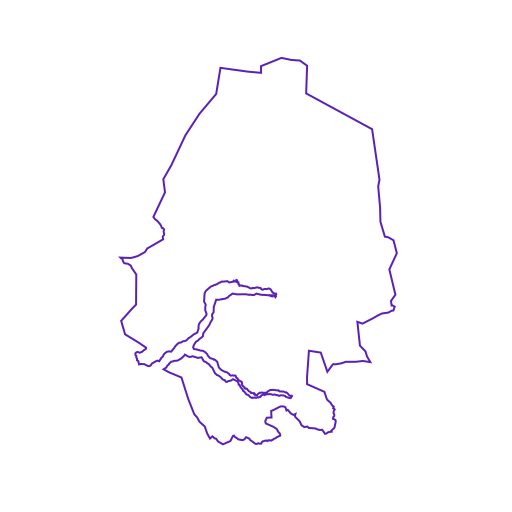 outline of Aurland nor, Sogn og Fjordane, Norway, rotated 253°
{"feature_id": "86288312B95170740502461", "entity_name": "Aurland nor", "entity_type": "district", "adm_level": 2, "iso_a3": "NOR", "parent_name": "Norway", "parent_adm1": "Sogn og Fjordane", "projection": "albers", "projection_center": [7.036, 60.871], "detail": "fine", "context": "isolated", "style": "outline", "palette": "violet", "viewbox_px": 512, "rotation_deg": 253, "n_neighbors": 0, "source": "geoboundaries", "source_scale": "gbopen_adm2", "svg_char_len": 6065}
<svg xmlns="http://www.w3.org/2000/svg" viewBox="0 0 512 512"><g transform="rotate(253 256 256)"><path d="M343.3,404.1L396.8,351.5L423.0,360.5L430.1,355.1L433.1,347.2L438.0,338.3L436.1,316.3L429.7,314.4L434.6,302.3L446.3,277.0L422.6,265.3L408.6,243.6L392.0,223.7L367.7,201.7L356.5,189.8L343.5,187.6L323.4,169.3L320.9,170.1L318.6,171.8L314.0,173.8L310.2,174.3L309.7,175.3L308.3,175.9L306.5,174.8L303.6,174.6L302.7,173.8L302.1,172.7L301.2,172.3L299.1,172.1L295.0,154.2L292.2,150.9L290.5,142.7L290.6,137.4L290.8,135.4L294.1,125.9L293.1,126.4L292.4,127.5L290.3,127.2L287.6,127.9L286.1,131.1L283.4,133.5L281.3,133.6L273.3,136.1L244.6,127.1L242.0,122.3L233.4,108.1L219.4,107.9L208.0,118.0L200.6,124.0L199.4,123.7L198.6,120.9L197.7,119.1L197.5,116.4L198.7,115.1L198.9,113.7L198.6,112.8L197.9,112.0L196.2,111.8L195.4,112.4L193.8,111.8L192.7,112.3L191.1,111.7L190.0,112.7L186.5,112.5L186.4,114.3L185.2,117.6L182.4,120.5L181.9,121.5L182.1,123.3L183.6,125.0L184.5,129.0L184.8,130.9L183.6,132.8L184.8,133.8L185.0,134.5L186.0,135.3L187.2,137.7L188.3,138.5L189.6,140.3L190.5,143.0L190.1,145.4L189.3,146.8L191.8,150.7L193.3,152.4L195.1,155.6L195.5,157.4L195.2,158.7L195.8,161.3L195.5,162.5L195.6,164.7L197.3,167.8L197.6,169.5L199.3,173.7L199.9,177.4L203.6,180.0L205.4,180.4L207.4,181.4L209.3,183.6L210.7,186.4L214.0,191.3L215.3,191.8L218.9,191.6L222.2,192.6L224.2,193.7L227.5,193.0L235.5,196.0L237.5,198.2L240.0,203.9L240.1,206.3L240.5,207.7L240.3,208.9L240.5,210.6L241.2,212.6L241.2,214.4L241.6,215.5L241.0,217.4L240.3,221.3L238.5,222.7L238.2,225.6L238.4,226.5L238.3,227.3L238.4,227.0L238.7,227.4L238.3,227.5L238.6,227.8L236.8,229.9L239.6,230.3L237.9,230.8L236.2,230.6L235.7,231.2L236.4,230.9L236.0,231.5L234.2,231.0L233.7,231.6L232.3,231.5L232.3,232.4L231.9,234.0L231.3,234.4L229.3,238.6L226.6,241.3L226.3,242.2L226.4,243.8L225.8,244.7L225.8,247.3L225.5,248.5L225.1,248.7L224.1,251.0L223.1,251.2L221.8,252.4L222.0,254.7L221.2,256.5L221.3,258.2L221.1,259.0L219.7,260.3L216.1,261.2L215.7,261.6L215.6,261.9L216.3,261.4L214.8,262.5L214.1,264.2L213.3,264.1L212.3,263.1L211.6,263.3L211.0,262.5L212.1,262.3L213.1,261.5L213.4,260.7L213.1,260.9L213.0,260.5L212.5,260.2L212.7,259.6L212.9,259.5L213.3,258.5L214.7,257.2L214.6,256.8L216.1,253.3L217.3,249.8L219.9,245.4L219.3,243.0L219.6,241.5L220.9,238.7L220.8,238.2L221.2,237.5L222.4,235.0L225.0,226.3L226.9,222.6L225.6,218.6L224.5,216.7L224.6,216.1L224.2,214.5L225.1,207.0L225.9,205.2L219.6,200.7L214.6,199.0L213.1,197.1L211.3,196.3L210.1,196.5L208.7,196.1L207.2,194.7L206.3,193.5L203.5,191.0L197.5,183.0L194.9,181.8L194.3,180.8L193.2,177.7L192.2,176.0L191.5,173.4L189.2,170.7L187.1,169.2L185.2,169.4L183.8,172.3L181.7,175.4L180.9,177.5L179.0,179.2L176.5,180.6L174.9,180.8L171.8,182.2L170.1,184.8L169.3,185.1L169.2,186.0L168.1,186.9L165.9,188.0L160.2,187.9L157.0,189.6L154.5,192.3L153.2,194.2L150.8,196.0L149.9,196.0L148.9,197.1L148.7,198.9L148.1,199.7L147.9,201.1L147.4,201.5L145.4,201.5L144.3,202.6L142.5,202.9L139.7,205.6L136.2,205.0L133.7,206.7L132.8,206.5L132.2,207.0L131.8,208.4L129.0,209.5L126.9,211.4L126.4,211.3L125.3,214.2L124.6,214.5L124.8,214.0L124.4,213.8L123.7,214.2L123.8,214.7L123.1,215.2L122.6,216.4L123.6,217.7L124.2,219.6L123.8,220.3L123.8,221.8L123.1,222.7L122.4,225.1L122.5,226.9L123.1,227.9L123.7,230.4L122.9,233.5L120.8,238.0L120.9,238.3L119.7,238.8L118.3,242.7L116.7,244.6L116.8,245.0L115.5,246.0L112.9,247.1L112.3,247.9L112.0,248.5L112.1,249.2L111.7,249.5L110.2,248.1L110.1,247.0L111.8,244.5L112.6,243.3L113.7,242.9L114.6,241.5L115.6,238.9L115.5,237.6L115.8,236.6L116.6,236.1L117.0,234.9L118.2,233.2L118.3,231.6L120.0,228.9L120.2,227.3L120.6,226.6L120.7,224.6L120.4,223.6L121.3,222.6L121.2,220.5L120.0,219.1L120.3,218.2L119.9,217.1L120.5,216.1L120.6,215.7L120.3,215.2L120.3,214.5L121.1,213.7L121.1,212.1L121.6,211.3L121.4,210.8L122.7,209.2L125.1,208.2L126.4,206.4L129.8,205.1L131.0,204.1L132.4,204.2L135.1,202.8L137.4,202.7L137.9,201.8L139.9,202.1L142.0,201.2L144.8,198.1L144.9,197.5L144.3,196.3L144.2,195.1L144.5,193.0L144.1,191.3L144.6,190.4L146.4,189.8L147.5,188.2L150.6,186.7L152.7,185.1L153.5,183.9L155.9,182.5L161.8,181.6L163.6,180.4L166.7,179.1L167.8,177.9L168.9,177.4L170.7,175.3L175.1,174.3L175.5,170.7L178.7,166.0L178.6,164.7L178.9,162.9L179.7,161.8L182.5,159.1L181.8,158.4L179.9,154.7L179.0,150.8L179.1,149.2L179.7,147.2L179.5,145.7L179.7,144.0L178.4,141.3L177.7,140.8L177.2,139.4L175.6,137.6L174.7,134.5L170.4,138.6L161.6,149.2L139.2,149.4L122.7,150.7L118.9,152.5L114.0,153.5L107.9,157.2L100.7,157.4L94.9,158.6L96.3,161.6L93.8,163.1L92.8,164.5L89.9,165.4L85.6,169.3L86.5,177.4L90.0,180.7L90.7,181.6L90.7,182.4L88.7,183.2L87.8,184.2L85.8,185.5L83.8,189.3L84.1,191.4L85.6,193.5L85.3,194.0L83.2,196.3L82.1,196.4L76.5,200.6L76.0,201.7L76.3,203.4L75.5,204.5L75.0,206.1L76.3,207.2L76.8,208.1L76.6,208.5L76.8,210.8L76.4,211.5L76.5,212.0L75.7,212.9L76.1,213.3L75.8,214.5L76.0,214.7L75.0,216.5L75.4,217.6L75.3,218.3L75.9,219.4L76.0,221.2L76.8,223.4L77.0,226.3L77.4,226.8L79.2,226.9L81.5,225.8L84.4,225.3L87.4,222.9L93.0,216.4L95.3,216.5L98.2,219.1L97.0,223.6L103.4,225.2L103.6,227.8L104.8,234.1L104.9,236.1L103.9,238.7L102.7,239.9L99.3,240.0L99.6,241.4L95.4,243.2L93.7,244.7L93.1,245.4L93.4,247.5L92.0,246.6L90.6,246.5L85.5,249.3L80.8,250.1L78.3,252.1L77.9,255.2L76.1,256.3L73.6,262.7L72.8,263.2L70.9,266.2L70.5,268.5L65.8,270.0L65.7,271.7L66.4,273.6L65.9,277.0L66.9,276.9L68.6,280.4L69.2,281.0L74.5,283.9L76.1,284.0L77.8,282.0L79.1,282.6L80.1,284.0L81.5,284.5L83.2,284.2L85.3,285.2L86.2,286.4L87.2,286.1L87.8,285.3L89.3,286.3L90.4,285.3L94.0,284.3L98.0,281.9L106.1,281.7L118.5,267.4L125.0,269.3L149.9,278.9L144.7,289.7L124.4,290.4L129.9,297.8L129.9,298.7L129.3,299.8L128.7,303.6L128.4,306.8L128.6,310.9L125.6,320.7L124.4,327.4L121.1,334.3L127.4,332.8L132.8,332.8L139.9,329.2L163.4,333.7L160.2,338.1L162.2,349.4L163.5,355.0L164.2,359.8L163.2,365.9L164.0,369.8L163.7,371.5L167.0,373.8L169.4,371.6L169.3,371.3L173.5,371.9L178.2,378.0L204.2,379.6L217.5,391.5L230.8,392.1L235.2,388.0L236.8,384.9L252.4,385.0L265.9,388.8L286.8,393.2L292.9,396.4L343.3,404.1Z" fill="none" stroke="#5b21b6" stroke-width="2"/></g></svg>